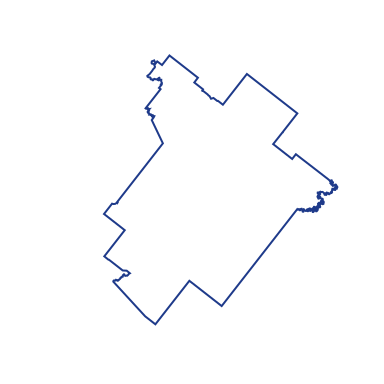 outline of Greater Shepparton, Victoria, Australia, rotated 128°
{"feature_id": "25037944B15813892804113", "entity_name": "Greater Shepparton", "entity_type": "district", "adm_level": 2, "iso_a3": "AUS", "parent_name": "Australia", "parent_adm1": "Victoria", "projection": "natural_earth1", "projection_center": [145.313, -36.427], "detail": "fine", "context": "isolated", "style": "outline", "palette": "blue", "viewbox_px": 384, "rotation_deg": 128, "n_neighbors": 0, "source": "geoboundaries", "source_scale": "gbopen_adm2", "svg_char_len": 5707}
<svg xmlns="http://www.w3.org/2000/svg" viewBox="0 0 384 384"><g transform="rotate(128 192 192)"><path d="M318.8,139.4L263.6,139.4L263.6,98.4L140.7,98.5L140.8,97.7L140.6,97.4L140.3,97.3L139.7,97.3L139.6,97.1L140.0,95.8L139.8,95.6L139.1,96.2L138.9,96.1L138.0,95.6L137.8,95.4L138.1,95.0L138.5,94.7L138.3,94.4L138.0,94.2L138.0,93.7L138.4,93.3L139.0,93.1L139.3,92.8L139.2,92.3L138.9,92.1L138.1,92.3L137.7,92.8L137.3,93.5L136.9,93.6L136.7,93.2L137.0,91.6L137.0,90.9L136.7,90.4L136.0,90.1L135.9,89.9L135.9,89.0L135.8,88.8L135.5,88.7L135.1,89.1L135.0,89.6L135.4,90.4L135.1,90.6L134.6,90.5L134.1,90.0L134.0,88.5L134.2,87.5L134.2,87.3L134.0,87.1L133.5,87.1L132.8,88.0L132.9,88.7L133.2,89.2L133.1,89.5L132.5,89.2L132.3,88.8L132.1,87.8L132.3,86.3L132.0,86.1L131.6,86.2L131.4,86.1L131.4,85.5L131.9,85.0L132.8,85.0L133.3,84.9L133.4,84.5L133.2,84.2L132.3,84.0L131.8,84.2L130.9,85.7L130.7,86.7L130.5,86.8L130.0,86.5L130.0,85.9L130.1,85.6L130.8,84.9L131.0,84.5L130.9,84.2L130.4,84.3L129.7,85.5L129.1,86.1L128.9,86.7L128.6,86.8L128.4,86.6L128.1,85.7L128.6,84.7L128.5,84.2L127.9,84.0L127.8,83.8L127.8,83.5L128.0,83.2L129.0,83.0L129.4,82.6L130.4,83.0L130.7,82.8L130.8,82.3L130.4,81.9L129.1,81.8L127.6,82.5L127.0,84.3L126.8,84.5L126.2,84.6L125.9,84.5L125.0,82.9L125.2,82.6L125.6,82.4L125.6,82.1L125.3,81.8L124.8,81.8L123.5,83.4L123.0,84.3L123.0,84.6L123.3,84.8L124.0,84.9L124.1,85.1L123.9,85.4L123.6,85.5L122.6,85.4L122.3,85.3L122.1,84.9L121.8,83.8L122.1,83.4L121.9,82.9L120.8,82.7L120.4,82.7L119.3,83.3L119.1,83.2L119.4,82.7L121.0,81.8L121.1,81.5L121.0,81.4L120.5,81.1L118.9,81.9L118.5,82.4L118.3,83.7L118.7,84.0L119.3,83.7L119.8,83.7L120.1,83.9L120.3,84.4L120.1,84.7L119.8,84.8L118.8,84.7L118.0,84.7L117.3,84.4L117.1,84.5L117.0,85.1L117.7,86.4L117.8,87.0L117.6,87.3L117.3,87.7L117.0,87.7L116.7,88.3L116.8,88.6L117.6,88.7L118.0,88.5L118.9,87.9L119.2,88.0L119.4,88.3L118.5,90.2L117.5,90.5L117.2,90.6L116.4,89.9L115.6,90.0L114.7,89.7L114.5,89.8L114.4,90.3L114.7,90.8L115.4,91.2L115.6,91.5L115.5,92.3L115.0,92.6L114.5,92.1L114.5,91.5L114.3,91.2L113.8,90.7L113.5,90.7L113.2,91.2L112.8,91.1L112.8,90.6L111.6,89.2L111.5,88.7L111.8,86.9L111.5,86.4L112.3,86.2L112.5,85.9L112.5,85.7L112.1,85.4L111.8,85.4L111.1,86.0L110.9,86.1L110.6,85.6L110.7,85.3L111.0,85.1L111.7,85.0L111.8,84.8L111.8,84.5L111.6,84.4L111.3,84.4L110.1,85.4L109.8,85.5L109.4,85.4L109.4,85.0L109.7,84.4L109.6,84.1L109.0,83.9L109.1,83.5L109.5,83.1L109.4,82.6L108.6,82.3L107.0,82.4L107.2,81.8L107.0,81.5L106.6,81.4L105.9,81.5L105.3,82.3L105.0,82.3L104.6,82.6L104.3,82.7L103.4,82.6L103.2,82.7L103.3,83.3L103.0,83.4L102.6,82.9L102.6,82.6L103.1,81.9L103.0,81.6L102.5,81.0L102.4,80.6L102.2,80.4L101.8,80.6L101.5,81.7L101.0,82.0L100.6,81.7L100.6,80.2L100.2,79.9L99.7,80.2L99.6,80.5L99.7,81.2L99.5,81.4L99.2,81.3L99.0,80.4L98.7,80.4L98.5,80.6L98.3,81.1L98.3,81.5L98.9,82.3L99.1,82.8L99.0,83.0L98.3,82.9L98.1,82.7L97.8,82.6L97.6,83.1L97.9,83.7L98.1,83.8L99.5,83.9L100.5,84.9L100.4,85.1L100.1,85.2L99.6,85.3L99.4,85.6L99.3,85.9L99.5,86.2L100.3,86.6L100.3,86.9L100.1,87.1L99.4,87.5L99.4,87.8L99.9,88.2L99.9,88.4L99.5,88.6L99.3,88.5L98.9,88.0L98.6,87.9L98.4,87.4L98.4,86.8L98.2,86.6L97.9,86.6L97.6,86.8L97.5,87.0L97.6,87.4L98.3,88.2L98.3,88.4L98.2,88.6L97.2,88.5L96.8,89.1L96.9,89.3L97.1,89.5L98.1,89.6L98.4,89.8L98.5,90.1L98.2,90.7L98.1,92.5L98.1,92.9L98.3,133.4L104.3,133.4L104.3,157.5L89.4,157.4L89.1,157.2L88.9,157.4L65.2,157.4L65.2,221.4L104.2,221.4L104.2,227.6L104.7,228.1L104.7,233.0L106.8,234.4L105.6,237.4L105.8,238.4L105.5,239.6L105.5,245.5L105.9,246.0L105.9,246.3L104.3,246.5L104.3,257.6L98.3,257.7L98.3,293.8L110.4,293.8L110.5,299.8L113.5,299.8L112.3,301.2L112.2,301.7L111.6,302.8L113.8,304.1L115.2,303.3L115.4,303.0L115.5,302.5L114.7,301.2L114.7,300.6L115.6,299.2L115.8,298.7L116.1,298.3L116.8,298.0L117.5,298.0L119.1,298.2L120.8,298.0L125.2,298.0L128.0,298.7L128.5,298.1L128.5,297.5L128.4,297.0L127.5,295.5L127.6,294.9L128.6,294.0L128.6,293.8L127.8,292.8L127.9,292.3L128.2,291.9L128.1,291.6L127.8,291.4L126.2,291.5L125.9,291.2L125.7,290.3L125.2,289.6L124.9,288.9L122.4,288.3L122.1,288.1L122.2,287.7L122.5,287.5L123.0,287.3L124.0,287.8L124.7,287.6L124.6,287.1L124.2,286.7L123.3,286.4L122.5,285.3L124.0,284.2L124.4,283.1L124.9,282.6L125.3,282.4L126.3,282.9L126.6,282.8L126.8,282.7L126.8,282.4L126.7,282.0L130.3,282.1L130.3,280.1L154.7,280.1L154.7,279.6L154.1,278.6L153.3,279.1L153.3,278.6L153.0,278.3L153.0,278.2L153.1,277.8L153.1,277.6L153.4,277.2L153.1,276.9L153.7,277.0L153.6,276.6L153.8,276.5L154.0,276.7L155.3,276.1L155.7,276.1L155.7,276.4L156.1,276.3L156.1,275.8L155.8,275.7L156.2,275.6L156.1,275.3L156.3,275.3L156.8,274.9L156.9,274.6L156.7,274.3L156.9,273.7L156.7,273.3L157.1,273.2L156.9,273.0L156.8,272.9L156.6,272.9L156.6,272.5L156.4,272.5L156.3,272.4L156.1,272.1L156.3,271.3L156.1,271.0L156.4,271.0L156.8,270.5L156.7,270.4L156.5,270.1L156.3,270.2L156.4,270.5L156.2,270.4L155.9,269.9L156.2,269.6L156.7,269.5L157.7,268.7L156.9,268.3L156.4,268.6L155.9,268.7L155.5,268.6L155.4,268.4L156.9,268.1L160.1,268.0L171.6,244.9L245.9,244.8L245.9,244.2L246.6,244.1L246.5,244.5L248.6,245.2L249.8,246.4L250.3,247.4L250.4,247.8L263.5,247.8L263.5,221.5L296.7,221.5L296.8,216.2L296.5,215.8L296.5,198.3L294.2,195.0L294.3,190.9L295.6,191.4L296.5,191.3L297.8,191.5L298.4,192.5L298.9,192.6L299.0,192.8L299.3,193.6L299.3,194.1L298.7,194.6L298.7,194.9L298.9,194.9L299.1,194.7L299.6,194.8L299.7,195.1L300.1,195.2L300.9,194.7L301.6,195.0L301.7,194.7L302.0,194.9L302.5,195.0L303.0,195.3L303.2,195.1L303.5,195.3L303.8,195.5L304.9,195.2L305.7,195.5L306.0,195.4L306.8,196.0L307.3,195.7L307.8,196.1L307.8,196.4L307.6,196.8L308.0,197.9L308.8,197.8L308.9,198.2L309.5,198.6L309.8,199.1L310.3,199.2L311.1,198.8L318.8,152.4L318.8,139.4Z" fill="none" stroke="#1e3a8a" stroke-width="2"/></g></svg>